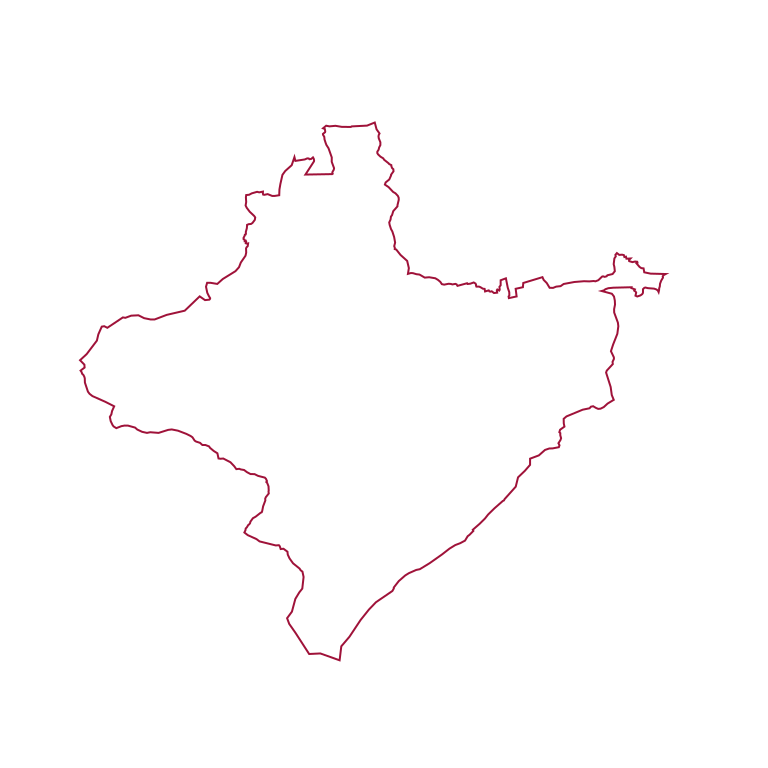 the district of Galatii Bistritei, Bistrita-Nasaud, Romania, rotated 350°
{"feature_id": "2599482B9009826126309", "entity_name": "Galatii Bistritei", "entity_type": "district", "adm_level": 2, "iso_a3": "ROU", "parent_name": "Romania", "parent_adm1": "Bistrita-Nasaud", "projection": "natural_earth1", "projection_center": [24.427, 46.984], "detail": "fine", "context": "isolated", "style": "outline", "palette": "rose", "viewbox_px": 768, "rotation_deg": 350, "n_neighbors": 0, "source": "geoboundaries", "source_scale": "gbopen_adm2", "svg_char_len": 6152}
<svg xmlns="http://www.w3.org/2000/svg" viewBox="0 0 768 768"><g transform="rotate(350 384 384)"><path d="M292.3,648.4L296.4,634.9L306.1,626.9L320.0,612.3L330.0,603.5L338.2,597.5L356.3,589.3L358.2,587.0L358.3,586.1L364.4,580.6L371.7,576.2L375.7,574.6L383.5,572.7L387.1,572.6L397.8,568.4L411.6,561.9L419.9,557.5L426.2,555.0L431.4,554.0L436.6,552.3L440.0,548.4L442.0,547.4L446.5,544.2L446.1,543.0L453.9,538.3L460.1,534.0L463.9,530.6L471.2,525.6L480.7,519.8L481.9,519.5L482.8,518.3L495.9,508.0L499.8,499.2L507.6,494.0L513.8,489.0L514.9,482.9L524.1,481.2L531.1,476.9L535.6,476.2L538.8,476.7L545.2,476.6L546.2,474.8L545.5,472.6L548.0,469.9L549.0,468.1L548.7,465.0L549.1,463.0L548.3,461.9L549.5,459.6L554.3,457.3L554.2,454.0L554.9,449.5L558.1,447.6L575.2,443.8L582.2,443.6L583.8,442.3L586.1,442.2L588.5,444.3L590.6,445.7L593.0,445.9L596.4,444.9L600.8,442.1L607.5,439.5L606.4,434.4L606.7,426.3L604.7,411.3L605.7,409.5L612.8,404.1L612.9,401.9L614.8,399.2L615.0,397.6L613.2,391.1L616.5,384.9L622.5,375.1L624.8,367.8L625.0,364.2L623.1,353.6L623.6,350.3L625.3,345.9L625.8,342.0L625.7,337.8L624.1,334.7L614.5,330.2L616.8,330.0L618.5,329.1L621.6,328.6L626.7,329.0L644.6,331.7L644.3,332.5L647.5,334.4L646.6,335.5L647.8,336.7L648.2,337.8L647.0,340.7L648.6,341.8L651.9,341.3L653.8,340.4L654.6,339.6L655.0,338.6L655.5,335.6L657.1,334.5L658.2,334.4L660.4,335.4L666.6,337.0L668.7,338.2L669.9,339.5L670.4,341.2L671.2,339.3L671.6,337.6L672.6,335.7L673.2,333.3L674.9,330.4L677.2,327.7L677.2,326.3L678.4,325.3L680.5,324.6L665.7,321.6L659.7,319.2L659.7,315.2L657.6,314.6L656.0,313.1L653.6,309.0L654.7,308.6L654.6,307.6L652.5,307.0L649.8,307.1L646.8,305.6L646.8,304.4L648.5,303.2L644.5,302.7L644.4,300.6L642.8,300.7L642.6,298.7L640.9,298.0L638.1,297.7L636.1,295.5L634.3,297.0L634.4,298.6L632.7,300.3L631.0,305.9L631.2,308.7L630.9,313.0L628.2,315.4L622.9,315.7L621.9,316.6L619.9,316.8L618.4,316.0L617.4,316.1L613.1,319.0L610.1,319.6L608.4,319.0L604.0,318.6L598.8,317.5L589.2,316.6L578.3,316.7L574.9,318.3L570.5,318.0L567.2,318.7L563.8,318.0L561.8,312.8L559.3,309.2L558.6,306.3L538.7,308.7L537.6,312.8L530.2,313.1L529.8,320.8L521.9,321.1L521.9,319.4L522.8,318.6L523.3,315.3L522.6,310.7L522.4,301.1L516.9,302.1L516.0,307.1L514.6,308.3L514.3,311.3L513.7,312.0L512.0,310.6L511.4,311.2L511.3,313.7L508.1,313.5L506.2,311.4L504.7,311.5L503.9,311.1L503.4,310.0L499.6,310.4L499.6,307.8L497.9,307.3L495.8,305.4L494.5,304.6L491.9,304.1L491.7,303.1L491.9,302.2L491.6,301.0L490.0,299.6L486.3,300.2L483.6,300.0L483.3,299.2L473.4,300.1L472.8,298.5L471.7,297.8L468.6,297.8L467.3,297.1L465.0,296.5L460.5,296.6L458.3,295.7L457.2,293.2L455.3,290.9L452.9,288.8L447.0,286.7L442.6,286.3L438.0,282.4L435.0,281.5L431.6,279.8L429.6,279.4L426.7,279.7L428.6,274.2L428.2,266.8L422.7,259.8L419.4,253.7L418.0,253.0L418.3,251.8L418.0,250.0L419.5,246.7L419.5,241.0L418.7,235.2L417.8,232.6L417.2,228.3L417.2,225.8L419.0,223.2L419.9,220.4L421.3,219.0L423.1,215.4L428.1,211.4L428.3,210.3L430.5,205.2L430.8,203.1L430.3,201.1L428.4,198.2L426.3,196.4L422.7,190.9L419.5,187.8L420.6,185.8L424.7,183.5L427.2,179.8L427.3,179.1L430.3,176.2L430.5,174.1L429.5,172.8L429.1,171.0L429.2,169.7L427.3,168.3L426.9,167.5L423.0,163.1L422.5,161.7L420.0,159.5L418.0,156.8L417.5,155.4L417.8,154.0L419.4,152.3L420.3,150.2L421.9,148.1L422.4,145.3L421.5,141.1L421.6,139.1L422.1,137.8L423.1,136.5L420.9,131.9L420.3,124.9L412.2,126.6L396.9,124.7L396.0,125.1L387.0,123.4L381.0,121.3L375.0,120.8L371.9,119.6L368.4,121.6L370.0,122.6L370.0,125.0L369.7,125.8L367.3,127.1L367.2,127.9L368.1,130.2L367.9,132.9L368.4,136.5L368.8,138.6L370.3,142.2L371.9,151.8L371.1,156.1L372.3,162.8L371.7,164.3L370.1,166.2L369.8,166.9L370.0,168.0L369.4,168.3L343.0,164.1L353.7,152.6L354.0,151.5L353.9,149.8L353.4,148.5L351.4,149.7L349.6,149.7L349.0,148.8L347.5,148.5L345.0,149.1L335.5,148.9L335.2,145.0L331.1,152.5L323.7,157.1L320.3,160.4L316.7,169.0L314.8,174.3L313.6,179.9L308.8,179.8L306.6,179.4L302.4,176.8L299.0,176.9L297.9,176.5L297.8,175.1L298.2,173.5L294.4,173.6L292.4,172.7L286.8,173.3L284.1,174.2L281.1,174.0L280.4,176.2L279.9,180.8L278.7,184.2L279.4,186.6L281.7,191.1L285.3,195.9L286.1,197.6L285.3,199.9L282.4,202.6L280.8,203.3L278.6,203.1L276.8,203.5L276.0,206.7L274.3,210.3L274.1,212.1L273.6,212.8L272.9,212.8L272.5,213.8L271.0,215.8L270.9,217.1L271.6,217.5L271.8,218.7L271.6,219.3L272.2,219.5L272.8,219.1L273.0,219.7L272.3,221.4L273.3,221.9L274.6,221.9L273.7,224.6L272.3,225.6L271.7,226.5L271.1,230.7L269.9,233.6L264.1,239.5L261.5,243.8L257.3,247.1L243.5,252.6L237.2,256.5L230.7,254.2L227.4,253.6L225.6,257.3L225.8,263.5L226.8,267.0L227.7,269.3L227.5,269.9L226.7,270.6L222.3,270.3L217.7,265.7L200.5,277.2L182.0,278.2L169.4,280.6L165.3,279.9L159.2,277.5L154.1,273.7L146.9,272.8L140.8,273.9L138.4,273.1L121.3,280.6L118.5,278.5L116.0,278.5L111.3,285.5L108.8,291.4L96.4,302.9L88.8,307.8L92.3,312.9L92.0,315.8L87.5,318.1L88.3,319.9L88.5,321.5L89.5,322.8L90.1,324.7L90.3,326.4L89.7,330.7L91.1,340.1L92.3,342.5L94.8,345.3L106.4,353.1L114.4,359.1L111.5,363.4L110.2,366.6L108.3,368.8L108.4,373.1L109.5,377.1L110.3,378.8L112.7,381.0L118.1,379.9L121.4,379.9L124.6,380.5L131.3,383.7L133.1,386.0L137.5,389.1L142.1,391.0L145.4,390.9L153.5,393.0L163.5,391.7L167.1,391.9L173.0,394.2L180.7,398.8L184.5,401.6L186.1,403.2L187.7,406.9L189.0,408.1L192.6,410.0L194.5,412.5L197.6,413.1L200.9,415.1L201.6,416.7L204.7,420.4L207.9,423.3L208.1,428.6L209.9,429.2L212.8,429.5L219.2,434.4L222.2,438.9L223.8,442.2L226.8,442.4L228.0,443.2L231.3,444.4L233.7,447.0L236.9,449.5L240.9,450.3L244.0,452.6L250.4,455.5L251.3,456.9L251.9,459.3L251.1,460.1L251.8,461.2L252.5,464.7L252.0,468.7L251.6,469.8L251.5,471.8L248.0,474.9L247.1,476.3L246.9,478.1L243.7,483.5L242.0,487.9L241.3,489.1L240.1,489.4L234.5,492.4L231.6,493.4L228.5,496.4L228.0,497.7L226.9,498.8L225.8,499.3L224.0,501.4L222.7,502.3L222.2,503.9L220.7,506.0L223.6,509.2L231.5,514.6L234.1,517.4L249.4,524.2L252.5,524.5L253.2,525.7L253.6,528.6L256.4,528.8L259.8,532.4L259.6,535.3L260.7,539.4L263.3,544.8L268.8,551.1L269.6,553.0L271.1,554.6L271.3,560.1L268.0,571.3L264.4,574.5L259.4,580.2L253.8,592.2L247.9,597.8L249.0,603.8L253.7,613.9L263.4,636.9L274.5,638.3L292.3,648.4Z" fill="none" stroke="#9f1239" stroke-width="2"/></g></svg>